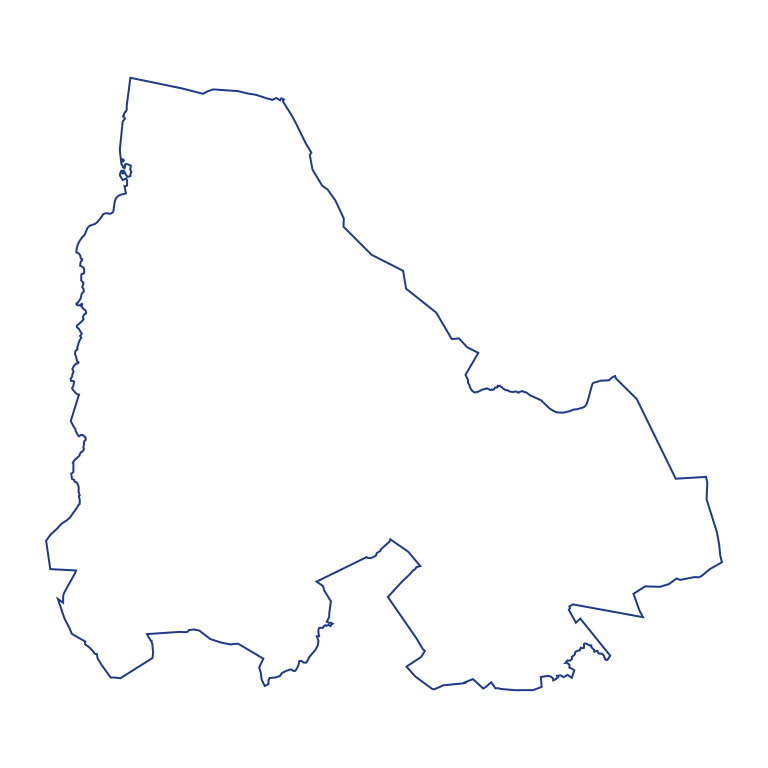 outline of Arroyo Seco, Querétaro, Mexico
{"feature_id": "50627088B12767875779778", "entity_name": "Arroyo Seco", "entity_type": "district", "adm_level": 2, "iso_a3": "MEX", "parent_name": "Mexico", "parent_adm1": "Querétaro", "projection": "natural_earth1", "projection_center": [-99.653, 21.432], "detail": "fine", "context": "isolated", "style": "outline", "palette": "blue", "viewbox_px": 768, "rotation_deg": 0, "n_neighbors": 0, "source": "geoboundaries", "source_scale": "gbopen_adm2", "svg_char_len": 5959}
<svg xmlns="http://www.w3.org/2000/svg" viewBox="0 0 768 768"><path d="M74.1,460.6L72.8,462.9L73.4,463.3L73.4,472.0L71.2,473.8L72.0,478.8L74.4,480.2L74.7,481.7L77.0,482.6L78.5,486.4L78.8,488.2L78.5,491.3L79.7,495.3L78.8,496.1L79.8,500.2L79.6,504.0L78.9,504.5L74.6,511.3L73.8,512.0L70.0,517.5L67.0,520.2L61.7,523.6L56.6,529.1L50.3,534.9L46.1,540.8L50.3,569.1L76.0,570.5L75.4,572.5L64.1,592.9L63.2,595.5L63.1,602.7L57.9,599.0L64.6,618.8L69.7,628.6L71.8,633.8L85.4,641.7L85.0,643.1L85.1,644.3L88.8,646.9L92.9,651.0L94.7,653.8L96.8,654.0L97.5,658.1L101.6,664.9L110.6,677.5L114.9,677.5L120.3,678.3L152.5,658.0L153.1,652.7L152.3,643.7L151.4,641.7L151.5,641.1L151.2,641.2L149.2,638.1L147.0,634.1L179.4,631.9L186.0,632.2L187.7,631.7L188.9,630.1L193.8,629.5L199.4,630.6L210.2,639.0L215.7,640.8L220.5,642.4L229.9,644.4L238.1,643.7L263.3,658.6L259.2,667.5L260.8,672.8L261.6,679.4L264.7,686.0L268.5,684.1L268.5,680.3L269.5,678.0L276.2,677.4L277.3,676.7L279.7,676.3L282.0,673.0L286.4,670.8L290.0,669.6L291.3,669.6L293.4,670.8L294.7,671.0L295.7,670.4L298.3,665.8L299.3,661.1L301.2,660.9L303.7,662.6L306.4,662.6L309.4,656.9L315.4,649.9L317.9,645.2L318.4,640.5L316.7,636.3L319.1,636.2L318.4,632.8L318.4,629.8L319.2,627.9L322.8,627.8L323.9,626.2L325.3,625.2L326.3,625.9L328.4,624.9L330.6,626.1L331.4,624.4L332.6,623.7L331.4,623.0L328.7,622.7L326.8,621.8L329.1,617.1L329.4,612.3L330.9,601.4L324.1,590.2L323.1,586.1L316.6,581.6L366.6,557.1L367.9,558.0L370.0,558.1L371.7,557.8L375.8,555.8L376.8,553.0L380.2,551.1L381.0,549.2L389.5,541.6L390.3,539.3L408.2,551.7L420.3,566.1L416.3,567.2L415.3,569.1L412.7,570.8L409.8,574.3L402.1,581.5L387.9,597.0L416.8,638.9L422.9,649.2L424.9,650.9L421.2,656.9L406.5,666.6L415.2,676.4L432.3,689.0L434.3,689.3L443.4,685.3L463.6,683.3L465.4,682.7L464.9,682.3L473.0,679.1L483.3,688.6L486.3,686.6L491.2,682.3L495.5,688.4L497.6,688.1L501.1,689.0L515.2,690.2L533.1,690.1L541.6,687.0L540.9,677.0L548.0,675.9L551.1,676.7L553.0,678.5L553.2,680.4L555.9,679.2L555.9,678.8L558.0,677.4L557.2,675.8L560.9,675.4L563.5,677.2L567.6,674.9L571.8,677.8L574.3,670.3L571.0,668.2L569.4,667.7L569.4,664.7L566.8,662.6L565.5,662.8L567.5,660.4L569.9,660.7L572.1,658.8L571.7,657.1L574.7,654.6L575.3,652.0L577.8,650.7L580.0,650.2L580.7,647.7L582.9,648.2L584.0,647.8L584.0,644.0L585.1,643.4L587.2,643.9L588.0,644.8L590.5,645.6L590.9,645.2L591.3,645.4L591.4,647.2L594.2,649.9L594.0,651.4L594.4,651.8L595.5,651.2L597.4,651.0L598.5,653.4L602.3,653.8L604.2,656.1L604.0,657.0L605.4,658.7L605.2,659.2L606.5,660.1L607.5,659.9L610.2,655.7L580.3,618.6L575.9,622.7L568.8,609.7L570.0,608.2L569.4,606.4L573.0,604.4L643.0,617.2L639.5,610.6L633.5,593.8L645.1,586.4L660.0,586.8L668.9,584.1L676.6,578.5L680.2,579.9L694.3,577.1L698.7,577.3L701.4,576.1L710.2,568.9L721.9,562.3L720.2,555.2L719.2,544.9L716.9,532.2L706.6,499.4L707.3,482.4L706.0,476.9L675.7,478.7L636.8,399.1L616.1,378.6L615.0,376.0L612.2,377.4L608.9,380.3L600.8,380.7L593.6,382.8L592.8,383.4L591.9,385.4L588.2,399.3L586.5,404.4L584.8,406.5L582.9,407.5L577.4,409.2L574.0,409.5L569.6,411.2L563.0,412.7L557.1,412.4L553.6,411.0L549.6,408.5L541.0,400.2L530.7,395.7L526.0,392.3L524.3,392.1L522.4,391.1L519.2,392.0L518.8,392.7L517.6,392.5L516.9,391.7L514.7,391.5L514.1,391.9L512.6,392.0L509.7,391.5L507.0,390.1L506.4,390.3L504.3,389.4L499.8,385.6L498.6,386.3L497.7,385.8L497.3,386.4L497.3,387.3L496.2,387.7L495.0,387.6L494.1,389.1L493.4,389.6L492.3,389.8L491.5,389.4L490.3,390.1L486.9,388.3L485.7,388.9L483.1,389.3L477.8,391.9L476.3,392.0L475.3,392.5L473.7,392.0L472.0,390.6L469.7,386.9L469.6,385.4L467.9,382.5L468.2,380.4L465.5,374.8L478.3,352.9L467.1,347.2L459.0,338.4L451.8,339.1L436.2,312.6L406.1,288.7L403.1,270.8L371.6,254.8L343.5,226.7L343.8,218.5L335.4,200.5L327.7,189.6L322.2,185.7L312.5,169.6L309.8,155.0L311.3,152.6L305.9,143.6L295.5,122.4L291.8,115.6L282.8,101.2L284.0,99.6L281.4,98.3L280.1,100.3L276.5,98.0L271.9,100.0L270.5,99.1L268.5,98.9L255.9,94.8L248.2,93.6L237.8,91.1L213.2,89.4L207.4,91.4L203.0,93.8L182.3,88.5L130.4,77.8L126.7,105.8L126.7,109.6L126.1,111.3L125.7,111.3L124.1,113.7L123.8,115.3L123.2,115.6L123.2,116.6L124.7,118.0L124.9,118.8L122.7,121.4L119.8,150.0L120.9,159.6L122.3,159.1L123.9,160.3L123.1,161.5L121.1,161.3L121.4,164.0L122.9,165.9L123.0,167.3L124.3,167.8L124.2,167.5L125.0,166.8L125.1,164.7L126.0,163.9L129.4,164.9L130.9,165.8L130.2,169.3L131.4,172.0L130.5,173.6L130.4,176.0L127.7,176.9L126.5,175.7L124.3,171.5L124.1,173.2L122.5,173.5L122.1,172.2L122.3,170.8L121.4,170.8L120.1,173.6L120.0,175.7L122.9,180.1L126.0,178.4L127.1,180.2L127.1,185.5L125.1,186.4L124.5,186.2L125.9,193.4L120.2,194.9L118.2,196.0L115.8,198.4L114.8,201.4L113.4,211.1L112.8,212.3L110.8,213.6L109.4,213.8L107.7,213.3L105.2,213.3L103.4,214.1L99.8,219.2L96.8,222.6L94.8,224.0L89.6,225.8L87.6,227.7L85.1,233.7L83.6,236.1L82.4,236.8L79.1,241.8L77.4,245.6L76.4,250.5L76.4,252.4L78.7,253.4L80.3,255.5L80.7,258.2L82.2,259.2L82.1,260.3L81.7,260.3L80.6,262.1L80.1,265.6L82.7,267.1L84.0,268.3L84.3,271.5L83.7,273.7L81.8,273.8L81.4,274.3L81.2,277.9L81.2,280.5L83.4,282.7L83.2,284.4L82.2,287.1L83.6,289.2L83.5,290.5L83.9,291.6L81.7,293.7L81.0,297.4L80.1,299.4L77.8,302.8L76.5,303.4L76.5,304.4L77.4,305.3L78.2,305.4L79.8,305.3L81.7,303.9L82.2,304.1L82.1,305.2L81.4,306.4L83.2,308.6L85.5,310.5L86.2,312.6L85.9,313.7L85.0,313.9L84.0,314.7L82.9,316.8L83.6,319.3L81.1,322.1L77.2,325.4L76.8,326.6L77.0,327.3L78.6,328.6L81.8,333.6L80.1,336.0L81.3,337.7L79.0,341.5L77.2,348.3L77.5,349.2L75.4,351.3L75.0,354.1L76.1,356.7L77.0,360.9L78.5,362.4L77.9,363.5L76.3,363.4L73.9,365.9L72.3,369.2L73.6,371.4L72.4,374.4L72.1,376.7L70.7,378.6L70.7,379.5L71.0,380.8L73.5,381.1L74.1,381.8L73.2,386.4L72.3,387.7L72.2,388.8L75.5,392.9L78.5,395.0L78.9,394.9L70.9,420.6L71.1,421.7L73.5,426.3L75.5,429.2L75.6,430.9L78.2,435.6L79.1,436.3L80.7,435.0L82.8,435.1L85.5,437.4L85.7,439.9L84.4,441.0L83.9,442.6L84.1,444.3L83.4,446.8L83.5,448.1L84.0,448.8L83.6,449.9L81.8,452.0L81.0,452.2L79.6,454.5L79.5,455.6L74.1,460.6Z" fill="none" stroke="#1e3a8a" stroke-width="2"/></svg>